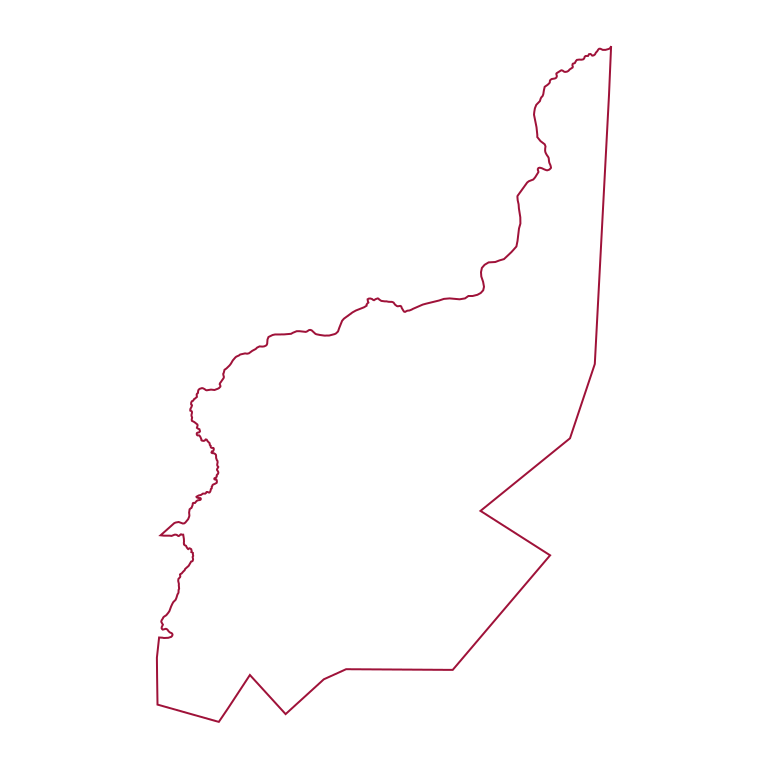 the district of Pilnaniyeu, Río Negro, Argentina
{"feature_id": "61730980B63808307170695", "entity_name": "Pilnaniyeu", "entity_type": "district", "adm_level": 2, "iso_a3": "ARG", "parent_name": "Argentina", "parent_adm1": "Río Negro", "projection": "mercator", "projection_center": [-70.712, -40.709], "detail": "fine", "context": "isolated", "style": "outline", "palette": "rose", "viewbox_px": 768, "rotation_deg": 0, "n_neighbors": 0, "source": "geoboundaries", "source_scale": "gbopen_adm2", "svg_char_len": 6061}
<svg xmlns="http://www.w3.org/2000/svg" viewBox="0 0 768 768"><path d="M160.6,535.3L164.2,535.7L169.7,535.7L171.6,535.9L174.6,534.7L176.0,534.7L176.9,535.0L178.3,536.0L179.2,535.8L180.7,534.4L181.4,534.4L181.8,534.7L183.2,534.7L183.9,539.0L184.0,541.8L183.8,543.1L184.1,543.8L184.0,544.5L184.7,545.2L186.0,545.8L186.8,547.5L187.9,548.9L188.2,549.1L189.0,548.5L189.7,548.3L191.2,549.2L191.7,551.1L191.3,552.0L192.9,552.9L192.9,554.5L193.2,555.9L192.6,557.0L193.1,559.3L192.7,560.8L192.3,561.2L191.1,561.6L188.7,565.8L185.2,568.9L184.6,570.3L183.4,571.4L181.5,573.6L180.6,573.9L180.0,574.5L180.3,576.2L180.1,577.1L178.4,579.0L178.2,580.9L178.9,583.9L178.8,585.6L178.9,586.2L179.1,588.8L178.6,589.9L178.5,592.5L178.1,593.5L177.5,594.3L176.4,597.9L175.6,599.8L173.3,602.1L172.4,603.7L171.1,606.5L169.4,611.1L168.4,612.6L166.3,615.2L164.0,616.7L163.2,617.5L162.9,618.4L161.8,620.0L161.3,621.3L161.4,622.1L162.9,624.7L161.8,626.9L161.6,628.1L162.2,629.2L162.8,629.6L165.9,628.8L167.0,629.3L167.8,630.1L168.6,631.3L170.0,632.5L171.5,633.1L172.1,633.6L172.5,634.4L172.3,635.6L171.3,636.8L168.3,637.8L163.9,638.0L162.4,637.7L159.1,637.5L156.9,657.7L157.1,677.1L157.5,704.6L218.8,721.9L228.1,708.2L249.9,675.0L285.6,714.1L323.8,679.3L346.1,669.2L452.7,669.9L550.1,555.3L480.5,510.9L570.0,438.3L594.8,364.0L609.0,95.1L611.1,46.1L610.6,47.4L609.7,48.5L608.6,49.0L605.4,49.9L602.8,49.9L600.7,48.9L600.0,48.7L599.1,48.8L598.3,49.5L597.1,51.4L595.9,52.6L595.0,54.4L593.8,55.3L592.8,55.6L592.2,55.6L591.2,54.5L590.5,54.0L589.0,54.2L588.1,55.9L585.6,56.0L584.7,56.7L584.5,57.5L584.1,58.5L583.3,59.3L581.7,59.7L579.1,59.6L576.9,59.9L576.0,60.9L574.8,63.1L572.9,63.7L572.6,64.1L572.4,65.4L572.8,66.6L572.6,67.5L569.6,69.5L568.6,70.7L567.4,71.5L565.7,71.9L564.3,71.8L562.6,70.6L561.5,70.3L560.9,70.5L556.8,73.1L556.4,73.5L556.4,74.4L556.8,75.7L556.8,76.5L556.3,77.6L555.7,78.1L554.8,78.5L551.8,79.0L550.7,79.7L550.3,80.1L549.9,80.8L549.8,82.3L549.4,83.1L547.6,84.8L544.7,86.8L543.9,90.3L543.3,94.1L542.7,95.8L542.2,96.5L541.5,97.1L540.7,98.5L539.9,101.1L536.3,104.8L534.9,108.3L534.3,111.8L534.0,114.7L536.5,127.2L537.3,134.8L537.3,137.1L540.5,141.1L544.7,144.3L545.5,146.4L545.2,148.4L545.1,150.5L545.3,151.9L545.9,153.4L547.0,155.3L548.1,156.8L548.7,158.1L549.0,161.0L549.3,162.7L550.5,165.4L551.0,167.6L550.8,168.2L549.3,169.6L547.4,170.3L546.4,170.2L544.3,169.4L541.8,168.2L539.8,167.7L538.5,168.0L537.8,169.1L537.9,170.2L538.4,171.6L538.4,172.1L535.1,177.4L533.3,179.5L528.9,181.2L527.2,182.5L517.6,195.8L517.4,196.7L517.7,200.3L518.6,204.3L518.9,208.4L520.3,217.3L520.4,223.6L519.0,228.5L517.5,241.0L516.4,246.5L511.5,252.0L504.0,259.1L499.5,260.4L495.3,262.0L488.6,262.4L484.6,264.8L481.9,267.9L481.0,272.2L481.3,276.5L483.1,281.8L484.0,286.8L483.2,290.3L480.7,293.0L477.4,294.8L472.6,296.0L468.4,296.0L465.0,298.4L459.6,299.3L449.6,298.4L443.9,298.9L439.1,300.5L426.0,303.7L422.7,304.6L412.4,309.1L411.9,309.5L409.4,310.5L407.3,310.7L405.0,311.9L403.9,311.5L401.8,308.1L401.2,306.4L400.1,305.9L397.8,306.3L396.8,306.0L395.0,304.6L393.6,302.6L392.6,302.1L391.8,301.9L388.7,301.8L386.2,301.3L385.1,301.4L381.3,300.9L379.2,299.5L378.5,298.7L377.8,298.4L375.7,299.1L374.0,300.2L373.0,299.8L372.0,299.0L370.3,298.5L368.8,298.6L367.6,299.3L367.9,301.3L368.4,302.6L367.6,303.2L366.6,304.5L366.6,305.7L364.0,307.3L355.9,310.5L352.5,312.4L343.9,318.7L342.1,320.8L339.3,327.8L338.0,331.5L335.9,333.5L334.6,334.1L329.3,335.5L324.4,335.6L320.1,335.0L316.6,334.3L315.5,333.9L311.6,330.3L310.1,329.9L309.0,330.1L306.9,331.5L305.7,331.9L299.6,331.2L296.7,331.2L292.8,332.8L291.1,333.8L284.0,334.4L274.9,334.5L272.6,335.0L268.5,337.0L267.5,339.5L267.2,343.6L266.8,344.7L266.2,345.4L265.3,345.9L264.1,346.4L262.3,346.6L259.6,346.4L257.1,347.6L255.7,349.0L252.3,350.8L248.9,353.3L247.1,353.7L245.1,353.4L240.2,354.5L238.9,355.5L236.4,356.6L235.4,357.4L232.8,360.4L230.9,363.7L229.5,365.5L226.4,368.5L224.5,369.8L223.7,373.0L223.3,373.6L223.3,374.7L223.9,377.0L223.6,378.1L219.9,383.4L219.7,384.3L220.3,385.3L220.4,386.6L219.0,388.1L217.9,388.7L214.5,390.0L211.0,389.6L206.7,390.3L205.7,390.0L204.6,389.1L203.0,388.3L202.0,388.1L199.5,388.9L198.4,390.1L198.1,391.2L198.0,392.7L197.7,393.3L197.1,393.6L196.7,394.4L196.7,395.4L196.8,395.7L196.9,396.9L194.7,398.8L194.2,399.0L193.1,400.7L191.8,401.3L191.2,402.6L191.1,404.1L191.2,404.5L191.7,404.8L192.0,405.3L191.5,406.9L190.4,408.9L190.3,409.6L190.5,409.9L190.3,410.6L191.6,411.2L192.0,412.0L191.9,413.2L191.5,414.8L191.5,415.9L192.1,417.5L191.7,419.7L191.9,420.8L194.4,422.1L197.4,424.5L197.6,425.3L197.4,426.1L196.9,427.8L197.9,428.6L199.4,429.2L200.0,431.2L199.4,432.2L197.5,432.7L196.9,433.1L196.7,433.9L196.9,434.8L197.5,435.4L199.1,435.4L200.1,436.4L201.4,439.3L201.3,440.0L201.7,440.5L203.3,440.9L204.4,440.7L205.0,440.3L205.5,439.6L205.8,439.4L206.7,439.7L207.6,441.2L209.6,443.2L209.8,444.9L210.7,445.8L210.6,446.3L210.8,447.2L211.4,447.8L213.4,448.0L213.7,448.4L213.8,449.2L213.4,450.7L212.8,451.3L211.9,451.4L211.5,452.6L212.1,453.1L214.0,453.3L215.2,454.0L215.9,454.8L216.1,456.0L216.1,457.9L216.8,460.0L217.5,461.0L217.6,462.5L217.2,464.4L217.3,465.6L218.3,467.0L217.2,468.9L217.0,469.6L217.2,470.3L217.8,471.1L218.3,472.2L218.3,472.9L218.0,473.8L217.5,474.4L217.2,474.5L216.7,475.3L216.8,476.2L216.6,476.8L215.2,478.2L214.8,478.1L214.4,478.4L214.3,478.9L214.5,479.3L215.3,479.6L215.8,479.3L216.4,479.5L216.8,480.7L216.9,481.9L216.7,482.7L216.5,483.0L215.6,483.4L214.8,483.9L213.2,484.5L212.4,485.3L212.1,486.4L211.7,486.8L211.8,488.0L211.5,488.6L210.9,489.0L210.5,490.9L210.1,491.8L209.6,492.4L209.1,492.6L207.4,492.0L206.7,492.0L206.4,492.2L206.0,493.0L205.3,493.6L202.9,493.6L201.1,494.9L198.6,495.5L196.5,496.7L196.6,497.2L197.0,497.5L198.5,498.0L200.3,498.1L200.6,498.3L200.8,498.7L200.7,499.5L200.0,500.0L197.8,500.3L196.6,501.0L194.9,503.0L193.4,502.9L192.9,503.2L192.7,503.9L192.7,504.8L191.7,507.4L191.4,508.0L191.0,508.1L189.6,509.3L189.1,512.6L189.4,515.4L189.2,516.5L188.2,519.1L185.3,522.6L184.1,523.4L182.8,523.5L178.7,522.0L175.8,522.5L174.3,523.1L160.6,535.3Z" fill="none" stroke="#9f1239" stroke-width="2"/></svg>